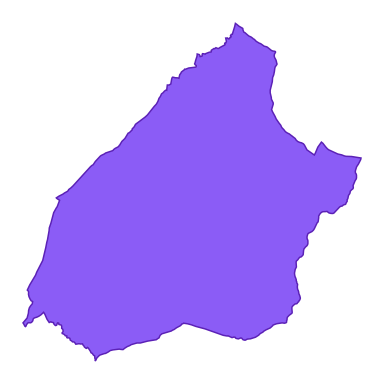 outline of Oicata, Boyacá, Colombia
{"feature_id": "7082276B7935915117339", "entity_name": "Oicata", "entity_type": "district", "adm_level": 2, "iso_a3": "COL", "parent_name": "Colombia", "parent_adm1": "Boyacá", "projection": "orthographic", "projection_center": [-73.281, 5.617], "detail": "fine", "context": "isolated", "style": "filled", "palette": "violet", "viewbox_px": 384, "rotation_deg": 0, "n_neighbors": 0, "source": "geoboundaries", "source_scale": "gbopen_adm2", "svg_char_len": 5863}
<svg xmlns="http://www.w3.org/2000/svg" viewBox="0 0 384 384"><path d="M361.0,158.0L351.5,156.5L346.0,156.3L344.3,155.9L341.8,154.9L337.8,154.0L328.7,149.8L327.4,148.8L325.6,146.8L322.9,143.3L321.4,142.1L317.8,147.2L315.3,153.2L314.3,155.0L307.0,149.9L304.4,145.0L303.4,143.8L301.5,142.8L299.7,142.4L297.7,141.5L296.1,140.0L295.2,138.5L289.1,133.8L287.5,133.1L285.4,131.7L283.8,129.6L282.3,128.1L281.5,127.0L280.8,125.3L278.9,122.9L276.2,119.0L275.1,116.5L272.6,111.9L271.6,109.6L273.2,104.2L273.2,102.9L271.4,99.1L271.3,97.5L270.2,92.8L270.2,90.2L272.3,81.7L272.6,77.6L273.7,74.9L274.4,71.5L274.8,68.3L275.2,66.9L276.9,64.5L277.0,63.8L276.7,63.3L276.6,62.4L276.0,60.1L274.6,57.5L274.2,56.0L274.5,54.0L275.5,52.4L275.4,51.6L274.8,51.3L272.8,51.0L271.5,50.5L267.3,47.1L266.3,46.7L264.2,46.2L260.6,43.6L259.5,43.3L256.3,41.4L254.3,39.3L253.3,38.9L252.7,38.2L250.9,36.9L249.2,36.2L248.2,35.5L245.0,32.7L243.8,32.1L243.0,30.0L242.8,28.5L242.5,28.2L239.1,26.3L236.8,24.4L235.4,23.4L234.7,26.5L232.3,34.3L231.3,34.4L230.5,35.6L230.5,36.0L231.0,36.1L231.1,36.3L230.7,37.4L229.3,38.1L229.2,38.3L229.2,38.7L228.6,38.9L227.6,38.4L227.2,37.9L226.5,38.1L225.7,38.1L226.4,41.4L225.8,42.9L225.1,42.9L224.9,43.1L224.7,43.5L225.0,44.7L224.8,44.9L220.1,47.4L218.7,48.4L217.9,48.5L215.9,47.7L214.7,48.7L214.0,48.5L211.4,50.2L211.2,50.6L211.3,51.6L211.1,52.0L209.3,52.2L205.7,53.6L205.2,54.1L204.0,53.8L202.5,53.7L202.2,54.3L202.2,55.9L200.8,56.5L200.0,56.5L199.9,55.6L199.3,54.6L197.2,54.0L197.0,56.3L195.7,60.2L195.1,62.6L194.6,63.9L195.2,64.8L196.2,65.5L196.2,66.5L195.8,67.1L188.7,68.0L186.1,69.0L185.1,69.3L184.6,69.2L184.5,69.6L181.4,72.0L180.9,73.1L179.7,74.8L178.9,78.3L177.8,77.9L175.0,77.7L173.7,77.3L172.5,77.2L172.2,77.6L171.7,78.9L170.8,84.0L169.1,85.0L167.3,85.0L166.7,90.2L166.3,90.0L165.9,90.1L164.5,91.1L163.0,92.8L161.5,93.9L160.4,96.4L159.0,98.3L157.9,101.4L156.3,104.2L154.3,106.3L147.4,115.0L145.1,117.1L135.5,124.3L134.2,126.8L132.2,128.9L132.2,129.8L129.4,132.6L128.1,133.2L124.9,138.5L121.9,141.4L120.2,144.2L120.1,144.7L119.5,145.1L118.7,146.3L117.9,147.0L115.3,148.3L113.7,149.5L113.1,150.3L112.5,150.7L105.6,153.0L104.4,153.9L101.1,155.5L100.3,156.1L95.3,161.5L93.2,164.7L91.7,165.6L90.3,166.9L73.1,185.8L70.9,187.9L68.6,189.6L68.5,190.1L68.1,190.7L67.2,191.5L64.6,192.9L62.8,194.2L59.0,196.1L56.3,197.9L56.7,198.4L59.6,200.3L57.2,206.7L56.4,207.8L53.7,212.6L50.9,223.2L49.3,227.9L49.1,230.6L47.5,239.7L46.8,242.3L45.8,247.5L42.7,260.5L36.7,272.2L35.6,275.1L29.8,284.8L27.3,290.1L28.0,290.7L28.6,291.9L28.5,294.4L29.0,296.7L30.2,299.3L31.2,300.8L32.6,301.5L32.5,302.4L32.3,303.7L31.9,304.4L31.0,305.3L29.4,307.7L28.6,310.4L28.4,313.2L27.1,318.0L23.0,322.9L23.8,324.1L24.8,326.1L25.4,326.6L26.0,326.1L26.5,324.7L27.8,323.0L28.6,322.7L30.6,322.8L31.6,322.3L32.8,320.8L33.1,319.3L33.5,318.5L34.7,317.8L36.8,317.2L38.9,316.2L41.1,314.7L43.6,312.3L44.9,314.3L47.0,319.2L49.2,322.5L49.8,322.4L50.4,321.9L50.9,321.8L51.9,322.3L53.3,322.5L53.5,322.6L53.7,323.7L54.7,324.9L55.4,325.5L55.9,325.5L56.6,325.2L56.9,324.7L57.2,323.5L57.5,322.9L57.9,322.8L58.8,323.3L58.8,324.2L59.0,324.5L61.0,325.0L61.4,325.3L61.7,326.5L61.7,328.4L62.7,329.2L63.1,330.7L63.1,331.6L62.1,332.8L62.2,333.5L63.7,334.1L64.8,335.0L65.3,335.8L66.8,335.9L66.9,336.2L66.8,337.4L67.1,337.8L67.5,337.9L68.7,337.8L69.9,338.4L70.1,339.6L70.4,340.3L71.5,340.8L72.5,341.9L73.2,341.8L74.2,342.1L75.1,343.1L75.8,344.2L79.0,343.7L80.5,344.0L82.5,343.9L83.2,345.3L84.1,346.2L84.4,347.0L86.2,348.4L86.7,348.3L87.1,347.6L87.4,347.4L88.1,347.8L90.3,351.1L91.1,352.8L92.3,353.4L93.5,355.2L94.6,355.8L94.9,358.4L95.4,360.0L95.2,360.5L95.5,360.6L95.9,360.1L96.4,358.9L97.0,357.8L99.3,355.5L100.1,355.0L104.3,353.6L105.6,353.4L108.4,351.9L110.0,350.7L110.5,350.5L112.9,349.9L119.2,349.1L120.7,349.4L123.0,349.6L124.9,348.1L127.4,346.5L129.7,345.6L131.1,344.7L133.4,344.0L136.9,343.0L140.3,343.0L147.6,341.1L156.3,339.7L157.9,338.5L159.0,337.9L160.1,335.3L161.9,333.8L171.3,331.0L172.5,330.2L174.1,329.5L176.6,327.7L180.2,325.8L180.8,325.4L181.7,324.1L182.8,323.8L183.5,323.2L187.6,323.8L191.4,324.8L195.8,326.4L205.1,328.9L223.2,335.3L226.4,335.9L227.7,336.0L228.0,335.8L232.0,337.6L233.8,337.1L234.8,337.2L235.3,337.4L235.5,338.0L236.1,338.4L238.3,338.9L240.9,337.9L241.8,338.3L243.0,339.7L244.3,340.1L245.5,340.1L247.3,339.1L250.5,338.8L255.5,337.2L258.8,335.1L259.4,334.3L260.7,333.3L262.8,332.2L263.8,331.2L265.9,329.9L270.3,327.9L272.8,325.6L273.0,325.1L276.1,323.9L277.4,323.6L282.1,322.9L284.6,323.2L285.6,322.9L286.3,322.6L286.6,322.1L286.6,320.7L287.0,320.0L287.1,318.2L287.4,317.2L289.2,315.3L291.9,313.3L292.2,312.4L291.9,308.9L291.9,307.4L292.2,306.7L293.0,305.7L294.5,304.4L295.3,303.9L296.8,303.7L297.2,303.3L297.9,302.2L298.4,302.0L298.8,301.5L298.9,301.0L299.8,299.9L300.3,298.5L300.3,297.8L299.8,295.8L298.9,293.7L298.5,291.2L297.6,289.2L297.3,287.0L297.6,284.2L296.9,283.2L296.6,281.4L296.3,281.0L296.2,279.5L295.4,277.3L295.2,277.1L294.7,275.1L294.5,273.1L295.2,269.4L296.4,267.0L296.1,262.4L296.3,261.1L297.6,260.0L299.3,257.7L299.7,257.3L301.3,256.8L302.7,255.4L303.2,254.6L303.6,250.3L304.0,248.9L305.5,247.0L306.9,245.8L307.6,244.7L307.9,243.5L307.9,240.8L307.6,239.7L307.2,239.0L307.0,237.7L307.1,236.3L307.8,234.0L308.4,233.3L311.9,231.6L313.4,230.2L314.3,228.8L317.1,222.9L318.0,222.0L318.2,221.3L318.7,217.9L318.7,216.0L319.9,214.0L320.6,213.1L321.9,212.1L322.9,211.7L325.9,211.6L327.0,211.4L328.9,212.9L330.8,213.4L332.9,213.5L334.0,213.0L339.6,207.0L340.8,206.3L342.3,206.0L343.2,205.1L344.2,204.6L344.9,204.6L345.7,204.1L346.2,202.8L347.2,201.2L347.1,199.8L347.8,198.7L348.5,195.4L349.7,193.7L350.0,193.0L350.3,191.2L351.6,189.8L352.9,188.8L353.3,187.8L353.1,185.6L353.3,185.0L355.1,180.7L356.2,179.0L356.5,177.9L356.5,175.2L356.2,174.0L355.5,173.1L355.3,171.3L355.5,170.4L356.6,166.8L358.4,164.1L360.7,159.6L361.0,158.0Z" fill="#8b5cf6" stroke="#5b21b6" stroke-width="1.5"/></svg>